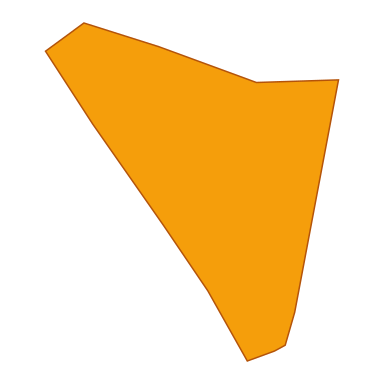 the border of Micoud
{"feature_id": "LCA-5083", "entity_name": "Micoud", "entity_type": "Quarter", "adm_level": 1, "iso_a3": "LCA", "parent_name": "Saint Lucia", "parent_adm1": "", "projection": "equal_earth", "projection_center": [-60.927, 13.81], "detail": "fine", "context": "isolated", "style": "filled", "palette": "amber", "viewbox_px": 384, "rotation_deg": 0, "n_neighbors": 0, "source": "natural_earth", "source_scale": "10m", "svg_char_len": 279}
<svg xmlns="http://www.w3.org/2000/svg" viewBox="0 0 384 384"><path d="M338.5,79.9L294.7,312.3L285.2,345.2L274.6,351.0L247.3,361.0L207.8,290.8L163.5,225.4L92.8,124.2L45.5,51.2L83.9,23.0L159.1,46.8L256.4,82.5L338.5,79.9Z" fill="#f59e0b" stroke="#b45309" stroke-width="1.5"/></svg>